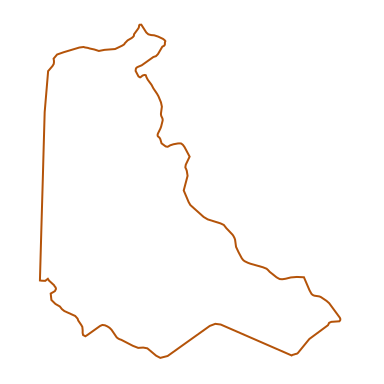 outline of Alajuela, rotated 181°
{"feature_id": "CRI-1333", "entity_name": "Alajuela", "entity_type": "Province", "adm_level": 1, "iso_a3": "CRI", "parent_name": "Costa Rica", "parent_adm1": "", "projection": "robinson", "projection_center": [-84.692, 10.447], "detail": "fine", "context": "isolated", "style": "outline", "palette": "amber", "viewbox_px": 384, "rotation_deg": 181, "n_neighbors": 0, "source": "natural_earth", "source_scale": "10m", "svg_char_len": 2759}
<svg xmlns="http://www.w3.org/2000/svg" viewBox="0 0 384 384"><g transform="rotate(181 192 192)"><path d="M296.1,45.9L298.4,47.1L298.9,49.2L298.9,51.8L299.3,55.2L300.4,57.1L303.5,61.5L304.2,63.4L306.6,66.0L317.5,70.7L320.0,72.6L322.1,75.2L326.6,77.7L330.7,81.6L331.5,88.0L328.3,89.9L327.3,90.6L326.3,92.7L326.7,94.2L327.7,95.3L328.2,96.3L333.4,100.9L334.6,102.7L337.2,100.6L340.9,100.7L342.5,100.9L342.5,102.1L341.9,159.0L341.4,202.0L341.1,232.5L340.7,269.2L338.0,309.7L338.0,310.3L333.7,315.5L332.5,317.6L332.4,318.4L332.3,319.1L332.3,320.6L332.7,322.9L329.3,327.1L322.8,329.5L307.1,334.5L302.9,335.1L301.7,334.7L298.8,334.3L297.7,334.0L296.8,333.7L292.2,332.8L287.6,331.4L281.9,332.6L271.4,333.6L264.2,337.2L262.3,338.5L262.1,338.9L261.8,339.5L259.0,342.5L255.0,344.9L253.5,346.2L252.8,347.2L252.8,347.8L252.7,348.7L248.4,354.8L248.0,355.8L247.7,357.8L247.3,358.3L245.6,358.4L240.5,350.7L238.4,348.9L235.6,348.2L232.5,348.0L228.6,346.8L223.7,344.6L222.1,343.4L221.3,342.4L221.7,341.0L221.7,339.4L221.8,338.7L222.2,338.1L222.5,337.7L224.2,336.8L228.5,329.2L230.4,327.2L233.0,326.3L244.5,317.8L248.2,316.2L249.4,315.5L250.1,314.7L250.3,314.1L250.5,312.1L247.5,306.6L245.9,305.7L245.3,306.0L243.4,307.6L241.6,308.2L240.8,308.1L240.3,308.0L240.1,307.6L239.8,306.7L239.6,306.1L238.2,303.5L234.3,298.4L232.4,294.9L228.6,289.5L227.2,287.1L224.6,281.1L223.6,276.8L224.4,270.1L224.4,269.1L224.1,267.6L222.8,264.9L222.6,263.9L222.6,262.9L224.0,256.9L224.7,254.9L227.1,249.8L227.4,248.5L227.3,247.5L227.0,247.0L225.5,245.8L224.6,244.3L223.3,240.1L219.1,237.1L217.3,236.8L216.7,237.0L216.2,237.3L214.6,238.3L211.4,239.4L206.9,240.3L205.0,240.4L203.7,240.3L202.2,239.2L201.7,238.7L200.2,236.7L195.0,227.3L198.7,219.2L199.1,216.6L198.6,215.4L198.3,214.9L197.6,213.1L196.7,208.1L200.3,193.4L195.2,181.9L193.4,178.9L180.0,167.3L175.8,164.9L162.9,161.1L159.6,159.6L157.1,156.5L150.9,150.2L150.1,149.2L148.8,146.9L148.1,145.1L147.0,137.9L144.3,132.4L141.0,126.5L139.5,124.7L138.1,123.7L134.9,122.2L132.3,121.3L119.8,118.0L116.1,116.6L114.7,115.4L112.9,113.5L106.0,108.2L104.2,107.2L102.8,106.5L101.3,106.4L99.8,106.4L96.9,106.9L91.7,108.3L85.6,108.9L78.6,108.7L72.8,95.8L70.8,92.3L69.8,91.4L69.2,91.0L68.6,90.8L68.0,90.5L62.8,89.8L61.3,89.2L55.6,85.5L52.9,83.2L42.3,69.3L42.0,68.9L41.5,67.7L41.5,67.0L41.6,66.4L42.4,65.3L50.4,64.6L52.6,63.6L53.2,62.3L53.7,61.2L72.1,47.1L83.3,32.9L84.2,32.2L84.9,32.0L85.8,31.8L87.2,31.3L88.9,30.8L89.5,30.3L123.2,44.3L161.0,60.0L166.4,60.6L171.9,58.4L196.1,40.5L213.5,27.6L220.8,25.6L225.0,27.7L233.9,34.9L238.0,35.6L243.1,35.2L248.5,37.2L260.2,43.0L261.5,43.4L262.7,43.9L263.8,44.6L264.8,45.4L270.1,52.9L272.1,54.8L274.2,56.1L276.7,57.2L279.3,57.5L281.5,56.5L294.1,47.2L296.1,45.9Z" fill="none" stroke="#b45309" stroke-width="2"/></g></svg>